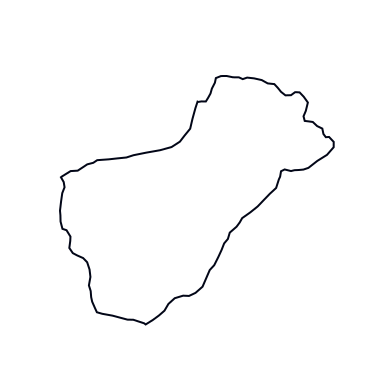 outline of Ånge, Västernorrland, Sweden, rotated 146°
{"feature_id": "70781695B50013402635272", "entity_name": "Ånge", "entity_type": "district", "adm_level": 2, "iso_a3": "SWE", "parent_name": "Sweden", "parent_adm1": "Västernorrland", "projection": "albers", "projection_center": [15.637, 62.483], "detail": "fine", "context": "isolated", "style": "outline", "palette": "ink", "viewbox_px": 384, "rotation_deg": 146, "n_neighbors": 0, "source": "geoboundaries", "source_scale": "gbopen_adm2", "svg_char_len": 1664}
<svg xmlns="http://www.w3.org/2000/svg" viewBox="0 0 384 384"><g transform="rotate(146 192 192)"><path d="M137.0,263.7L142.4,259.5L150.9,252.2L158.1,245.5L166.7,242.9L173.9,240.5L183.8,240.7L195.1,244.5L207.9,250.2L219.9,255.2L227.1,257.3L234.9,261.5L242.7,265.6L252.8,271.4L257.5,271.4L263.4,273.5L264.2,273.5L267.0,273.5L274.8,273.6L280.9,277.2L290.9,277.6L292.4,277.5L292.8,272.0L295.0,267.2L300.2,263.6L305.8,257.4L311.9,250.3L314.1,246.3L317.5,241.0L320.0,233.9L317.4,230.5L317.7,223.0L320.3,219.5L325.0,214.2L325.0,208.0L322.7,203.7L319.2,198.1L318.2,192.4L320.3,185.0L323.7,178.4L329.7,172.2L331.4,166.5L334.4,161.2L336.1,156.9L337.3,150.3L338.1,145.5L334.5,141.2L327.0,133.9L316.9,122.3L312.1,118.9L305.1,109.9L304.5,108.1L296.0,107.8L288.5,108.1L281.2,109.0L274.1,112.4L265.7,113.6L257.3,111.0L252.6,107.5L245.5,106.4L236.2,107.6L220.9,117.4L214.5,118.9L206.5,123.4L199.9,127.4L194.1,131.4L188.5,133.0L183.4,137.2L174.5,138.3L169.4,140.1L165.0,142.3L155.2,142.5L145.6,143.3L137.4,145.1L128.5,147.0L120.0,148.3L112.9,153.9L110.4,155.4L106.6,159.4L102.6,158.9L98.2,154.0L94.9,152.8L91.3,150.6L87.1,148.3L82.0,146.9L70.7,147.7L67.9,147.6L59.3,147.3L49.5,149.9L46.5,154.3L47.6,161.0L50.4,162.6L50.6,166.6L48.5,171.7L51.4,176.7L52.7,182.5L55.7,185.2L58.8,187.9L57.2,192.4L52.3,195.6L45.9,201.4L46.1,208.5L47.1,214.4L49.7,216.4L50.7,217.1L55.8,216.9L60.5,219.9L62.2,225.3L62.6,230.2L63.4,235.4L68.5,239.7L71.6,245.8L77.0,251.5L82.3,256.0L86.8,257.2L89.0,260.8L93.9,264.2L98.4,268.8L103.1,271.9L108.5,273.1L111.9,269.8L117.7,266.6L121.6,263.3L125.9,261.1L129.9,259.3L133.5,261.8L136.9,263.4L137.0,263.7Z" fill="none" stroke="#020617" stroke-width="2"/></g></svg>